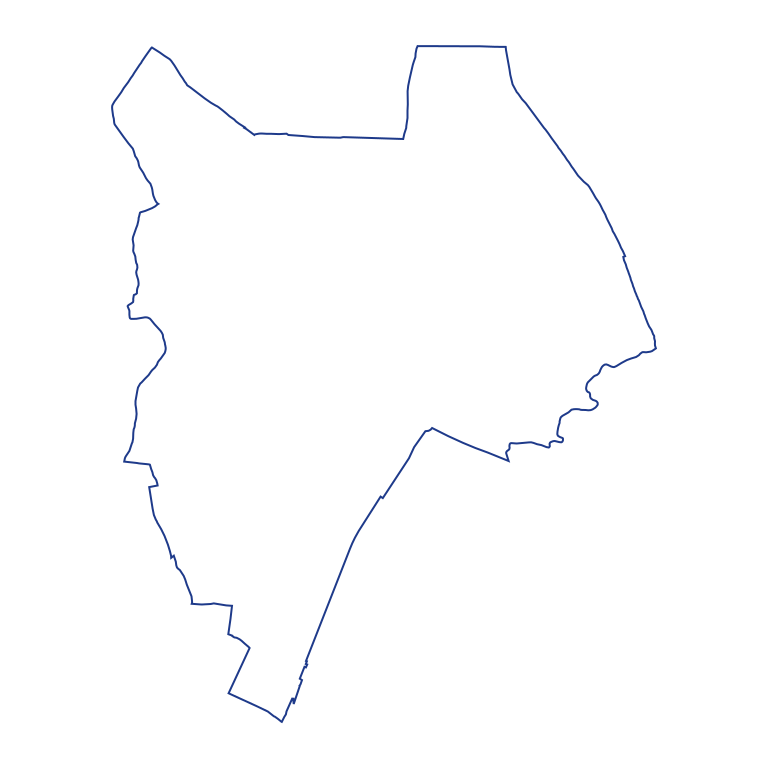 outline of Priponesti, Galati, Romania
{"feature_id": "2599482B25446233483835", "entity_name": "Priponesti", "entity_type": "district", "adm_level": 2, "iso_a3": "ROU", "parent_name": "Romania", "parent_adm1": "Galati", "projection": "albers", "projection_center": [27.48, 46.089], "detail": "fine", "context": "isolated", "style": "outline", "palette": "blue", "viewbox_px": 768, "rotation_deg": 0, "n_neighbors": 0, "source": "geoboundaries", "source_scale": "gbopen_adm2", "svg_char_len": 6083}
<svg xmlns="http://www.w3.org/2000/svg" viewBox="0 0 768 768"><path d="M281.8,721.9L284.3,716.9L285.9,714.4L286.5,711.4L292.2,698.6L293.3,698.7L293.2,699.3L293.7,704.0L299.7,686.2L299.5,685.7L300.4,684.6L302.0,680.1L299.8,678.7L304.5,666.8L305.9,667.4L307.2,664.5L305.8,664.0L306.9,661.3L306.0,661.0L350.0,548.7L352.3,543.2L354.9,537.8L358.7,531.0L380.6,496.6L382.8,498.1L383.2,497.5L409.0,458.2L414.1,447.2L425.4,431.2L428.6,430.8L430.7,429.6L432.1,428.0L448.2,436.1L463.1,442.9L475.4,448.0L487.6,452.5L508.6,461.0L506.2,453.3L506.2,452.3L506.9,451.2L509.2,449.4L509.6,447.9L509.4,446.0L509.7,444.2L510.4,443.3L511.4,443.1L516.7,443.5L528.8,442.4L531.1,442.3L533.5,442.9L537.1,444.2L541.4,445.1L546.5,447.1L548.7,447.5L549.2,447.3L549.5,446.8L549.8,446.2L549.6,444.0L549.7,443.4L550.2,442.5L550.8,442.1L552.7,441.3L554.1,441.0L555.2,441.1L559.3,442.1L561.2,442.3L561.8,442.1L562.3,441.7L562.9,440.6L563.0,439.1L562.9,438.4L562.5,438.0L560.1,437.1L558.5,436.2L557.8,435.6L557.3,434.1L557.5,431.5L558.2,427.5L558.8,425.2L559.6,422.9L559.6,421.5L560.2,418.9L560.5,417.9L561.0,417.1L562.5,415.8L567.6,412.9L568.6,412.3L571.5,409.7L573.9,409.2L576.5,409.1L579.2,409.3L580.7,409.8L581.8,409.9L585.7,410.0L588.3,410.3L590.7,410.1L592.6,409.4L595.1,407.8L595.8,407.2L597.3,405.4L597.7,404.6L597.7,403.3L597.6,402.7L596.9,401.7L596.2,401.1L595.1,400.6L592.9,399.9L591.1,398.6L590.6,398.0L590.1,396.5L590.1,394.7L589.8,393.3L589.1,392.4L587.7,391.9L586.7,390.7L586.1,388.9L586.2,387.4L586.8,384.6L587.1,383.7L587.8,382.4L593.7,376.5L595.2,375.6L596.9,375.0L598.3,373.9L599.0,373.1L599.8,371.6L600.3,370.1L601.3,368.1L601.9,367.0L603.0,365.8L604.5,364.7L606.2,364.4L607.8,364.9L611.1,366.5L612.4,366.9L613.9,367.1L614.6,366.9L616.4,366.1L621.6,362.9L626.8,360.1L631.1,358.5L636.1,357.0L638.6,355.4L639.3,354.8L640.2,353.7L642.3,352.2L643.5,352.1L646.1,352.3L650.2,351.7L652.0,351.1L655.9,348.4L655.0,345.5L654.9,343.6L655.0,341.2L654.5,339.3L654.2,338.2L654.2,336.2L654.0,335.6L653.1,334.3L652.1,331.6L651.4,329.9L649.1,326.4L647.7,323.3L645.7,318.2L644.7,315.2L644.1,313.9L643.4,311.4L641.2,306.9L638.8,300.3L638.0,299.0L637.3,296.9L636.7,295.8L636.3,294.5L634.9,291.3L634.0,288.4L633.1,286.3L632.5,284.0L630.8,279.6L630.5,278.1L629.5,275.2L628.7,273.1L628.2,271.5L626.7,267.7L625.8,264.4L624.0,260.3L623.3,256.9L625.1,256.2L622.9,251.1L621.0,247.7L619.7,244.5L618.2,241.3L614.4,233.9L612.8,231.3L611.7,228.2L607.3,219.5L606.2,217.0L605.4,214.8L603.9,212.0L602.7,209.9L600.9,206.1L599.8,204.0L598.4,201.7L595.9,198.2L594.9,196.5L593.0,193.1L589.3,186.9L587.9,185.1L583.8,181.7L578.0,175.6L573.2,168.6L571.8,166.8L568.9,162.2L567.0,159.8L564.5,155.9L562.7,153.6L560.8,150.7L558.3,147.6L557.7,146.4L551.7,138.3L548.4,133.5L545.5,129.6L544.0,127.9L525.7,103.1L522.1,99.3L518.1,93.6L516.8,92.2L512.6,84.4L510.3,74.9L509.5,69.5L506.0,50.1L505.7,46.9L494.8,46.8L480.7,46.3L417.6,46.1L416.5,48.7L415.6,53.4L415.4,57.1L413.8,61.7L412.8,64.9L409.9,77.5L408.2,85.8L407.6,91.2L407.8,104.4L407.5,110.6L407.5,118.0L406.3,126.1L406.2,128.0L404.3,133.8L403.2,139.0L343.2,137.1L340.3,137.7L314.5,137.1L302.3,136.0L288.4,135.0L286.6,133.7L279.0,134.1L271.0,133.8L266.7,133.8L261.5,133.5L259.2,133.6L254.9,134.4L254.4,135.0L246.3,129.0L244.3,127.9L244.9,127.4L239.2,123.8L236.1,121.5L234.2,119.5L229.4,116.2L227.2,114.2L222.3,110.1L218.7,107.3L217.4,106.4L215.6,105.5L211.0,102.8L204.7,98.4L190.2,87.3L187.2,85.3L186.0,83.2L184.7,81.6L182.7,78.3L180.4,75.1L174.5,65.5L171.2,60.8L169.7,59.2L164.4,55.8L159.8,52.5L151.9,47.5L151.2,48.1L145.5,56.1L141.9,61.4L141.2,62.8L139.7,64.7L134.1,73.1L132.7,75.5L130.7,78.2L128.1,82.3L123.8,88.0L121.2,92.3L117.9,96.9L114.5,101.5L112.6,104.8L112.2,105.9L112.1,107.5L112.2,109.3L113.1,116.0L113.8,118.7L114.2,122.7L114.5,124.0L115.0,124.9L123.6,136.9L128.3,143.2L132.8,148.6L133.7,151.0L135.2,156.2L136.7,158.3L137.9,160.7L138.3,162.0L139.0,165.5L139.7,167.4L143.2,172.7L146.0,178.2L147.6,180.5L150.4,183.7L151.8,187.5L152.3,189.6L152.9,193.6L153.4,195.8L155.1,200.0L156.2,201.9L157.4,203.3L158.3,203.9L157.3,204.5L156.3,205.4L155.1,206.4L152.1,208.1L145.3,210.9L140.5,212.3L140.0,212.7L138.9,217.2L138.6,218.0L138.6,219.3L138.3,221.0L137.3,225.2L136.2,228.0L133.0,237.2L132.7,239.5L133.6,245.3L133.3,249.2L133.2,250.1L133.2,250.9L133.5,252.1L134.3,253.8L135.3,256.5L135.6,259.5L136.1,262.4L136.4,263.4L137.0,264.4L137.2,265.2L137.4,267.7L137.0,269.4L136.4,271.0L136.2,272.5L136.6,274.8L138.1,279.6L138.4,281.5L138.6,283.3L138.5,285.3L137.4,288.2L137.0,290.1L136.9,293.3L135.7,294.3L134.0,294.9L133.8,295.3L133.2,299.0L133.3,300.5L133.1,302.0L131.5,303.3L128.5,305.1L127.7,306.0L127.7,306.5L129.2,310.1L129.4,311.1L129.4,314.8L129.7,317.4L130.0,318.2L130.6,318.7L131.5,318.9L136.2,318.8L145.1,317.3L146.9,317.4L148.0,317.7L149.8,318.6L150.7,319.5L154.5,324.2L160.6,330.9L161.8,332.7L162.8,334.7L163.2,337.9L164.6,341.9L164.8,342.7L165.0,344.4L165.3,345.5L165.7,347.8L165.7,349.1L165.3,351.2L164.7,353.0L160.8,358.5L159.3,360.2L157.9,362.1L156.9,364.8L156.1,365.9L154.9,367.6L152.3,370.0L151.0,371.6L148.6,375.1L145.1,378.6L141.6,382.4L140.2,383.6L138.0,387.5L137.3,390.8L135.5,401.1L135.5,404.7L136.1,408.5L136.6,413.9L136.1,418.7L134.9,423.3L134.8,425.8L134.4,427.6L133.7,429.3L133.3,432.9L133.1,438.7L132.4,442.4L131.9,443.3L129.4,450.9L125.6,456.6L124.9,458.2L124.2,461.6L136.9,463.0L139.1,463.4L147.3,464.2L149.0,464.4L149.9,464.7L151.2,469.1L152.4,472.2L153.1,475.2L154.1,477.0L155.1,478.2L156.3,480.2L157.3,483.7L157.6,485.5L149.2,487.1L152.6,508.6L153.9,515.0L155.8,519.6L156.8,521.3L157.3,522.6L161.2,529.2L164.5,535.9L167.9,544.6L169.9,551.1L171.1,555.9L171.2,557.8L173.8,555.7L175.8,561.7L176.3,565.4L177.0,567.5L178.1,568.7L179.9,570.1L183.7,575.9L185.2,579.5L186.8,584.6L191.5,596.3L192.0,600.7L192.1,602.5L191.7,603.8L201.6,604.5L210.7,604.0L213.8,603.4L226.2,605.4L232.0,605.8L230.5,618.8L228.3,634.2L232.3,635.7L232.3,636.1L234.3,637.4L236.7,637.8L239.6,639.3L241.6,640.8L244.8,643.7L248.9,647.2L249.6,648.0L228.6,693.3L255.9,705.8L267.8,711.5L273.9,716.3L274.9,716.7L278.1,719.0L281.4,721.7L281.8,721.9Z" fill="none" stroke="#1e3a8a" stroke-width="2"/></svg>